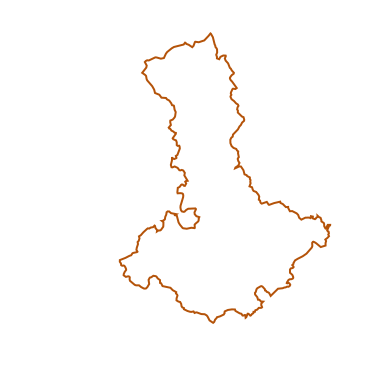 outline of Luc Nam, Bắc Giang, Vietnam, rotated 239°
{"feature_id": "81297802B23878626253121", "entity_name": "Luc Nam", "entity_type": "district", "adm_level": 2, "iso_a3": "VNM", "parent_name": "Vietnam", "parent_adm1": "Bắc Giang", "projection": "albers", "projection_center": [106.454, 21.304], "detail": "fine", "context": "isolated", "style": "outline", "palette": "amber", "viewbox_px": 384, "rotation_deg": 239, "n_neighbors": 0, "source": "geoboundaries", "source_scale": "gbopen_adm2", "svg_char_len": 6005}
<svg xmlns="http://www.w3.org/2000/svg" viewBox="0 0 384 384"><g transform="rotate(239 192 192)"><path d="M197.8,250.1L201.5,251.4L203.0,252.5L204.4,252.0L206.1,252.1L208.4,250.3L211.0,249.6L214.1,250.1L217.1,251.8L218.3,253.7L218.5,255.4L220.1,256.7L222.0,263.6L223.7,266.4L224.2,268.3L225.7,270.7L226.2,273.3L227.1,274.0L229.6,274.7L230.9,273.7L236.5,272.2L238.2,273.3L239.5,273.2L241.1,274.6L241.9,276.2L243.3,276.4L245.4,275.4L248.2,274.9L251.2,273.7L253.6,274.0L254.2,274.3L255.0,275.8L256.3,275.9L257.3,276.7L259.3,279.6L259.4,280.4L257.9,282.3L258.1,283.9L266.3,283.2L267.7,282.8L269.6,282.9L270.4,283.4L271.1,284.7L271.7,286.3L271.9,288.6L272.6,289.3L275.7,288.7L277.8,288.8L278.9,288.4L283.7,289.2L287.3,288.5L289.5,288.9L291.1,291.0L291.6,291.1L292.9,289.1L293.2,286.0L291.8,283.7L293.7,282.2L295.0,283.0L297.1,283.4L298.6,285.4L301.1,286.8L302.3,287.1L304.0,286.8L305.8,287.4L306.7,287.4L313.9,289.6L317.9,289.7L318.4,289.5L317.3,286.6L315.6,280.6L316.9,274.9L319.1,272.2L319.0,271.7L316.5,268.6L316.0,266.8L319.9,265.0L321.9,263.4L323.2,263.3L323.6,263.0L322.7,260.8L325.6,251.2L325.6,248.6L324.8,242.9L324.0,240.9L321.3,236.9L322.3,234.0L325.5,231.0L326.3,229.9L327.0,222.7L328.0,221.4L328.1,219.9L327.7,218.5L323.7,218.3L322.2,216.9L319.8,210.7L316.3,212.2L315.1,212.4L312.3,211.3L310.8,211.1L303.2,212.4L299.3,212.3L295.9,211.3L292.2,214.1L288.6,214.4L286.0,218.1L284.3,218.3L282.1,219.6L278.7,219.9L276.7,219.6L275.6,220.8L275.1,220.9L271.6,219.5L268.9,219.2L265.7,216.6L264.9,215.5L264.0,212.8L264.4,210.2L263.1,209.3L260.3,208.4L259.2,205.2L258.1,205.2L257.4,205.9L255.2,206.0L253.4,207.2L251.8,207.6L251.0,208.6L250.2,208.1L248.0,203.1L246.9,203.1L244.4,204.9L242.4,204.5L240.1,203.1L239.0,203.4L238.2,204.9L237.1,204.7L235.5,203.9L231.3,198.6L231.2,196.7L229.6,196.4L229.1,196.0L229.4,193.8L230.0,193.2L231.3,192.8L231.5,192.4L229.3,191.0L226.1,187.8L223.8,187.2L223.2,187.9L222.8,190.3L220.1,192.1L217.2,192.4L216.5,193.2L216.2,194.6L214.9,195.6L212.1,195.7L210.2,194.0L203.9,194.0L204.5,192.4L204.3,191.5L202.3,191.4L200.9,189.1L201.3,188.4L203.1,187.9L203.7,187.1L203.7,186.3L202.7,183.9L202.9,182.0L199.3,179.3L198.3,179.0L196.9,181.6L195.8,182.9L195.2,183.2L193.8,182.9L192.2,181.8L186.0,175.0L184.5,174.0L182.3,173.2L180.6,173.3L179.3,174.6L179.0,175.5L179.6,177.8L179.6,180.1L176.2,186.4L175.5,186.6L175.1,186.4L173.3,183.7L171.6,182.9L169.0,183.3L166.7,185.3L165.6,183.9L164.6,183.4L163.6,182.2L163.0,178.4L162.6,177.4L159.8,175.9L159.7,175.6L161.7,173.0L163.2,168.6L165.4,165.8L166.1,165.4L170.2,164.8L172.8,164.8L179.6,166.8L181.0,165.3L181.3,165.4L181.2,167.0L184.7,163.1L187.1,162.4L187.9,161.1L187.7,159.8L185.8,158.2L184.6,156.4L182.5,154.6L182.3,152.2L182.7,151.3L180.9,152.0L177.9,150.1L177.0,149.4L175.5,145.9L175.5,144.8L176.3,143.5L176.2,141.6L177.3,142.5L179.8,142.1L182.0,142.8L182.5,142.6L181.9,140.6L182.8,138.2L182.7,136.5L183.6,135.4L183.5,134.3L182.5,129.5L181.3,125.8L181.3,123.7L179.3,123.1L177.6,121.2L177.1,119.6L175.2,118.9L172.7,116.0L171.1,114.6L168.9,114.5L168.8,113.9L170.1,110.1L170.1,109.3L169.1,107.3L169.5,105.5L169.8,101.0L170.8,95.1L169.4,94.2L167.3,94.3L165.7,93.6L164.7,94.2L164.3,95.4L163.6,96.0L161.8,96.1L159.9,95.8L159.1,95.4L158.2,93.2L156.8,91.2L155.8,90.5L153.3,91.6L152.6,93.9L151.7,94.7L150.9,94.7L149.2,93.5L147.8,93.1L141.9,95.1L140.8,96.0L139.3,98.5L136.8,99.4L134.1,101.0L133.4,101.9L133.0,103.0L133.5,104.8L135.2,107.9L139.0,109.5L140.1,111.3L140.3,111.9L139.9,113.2L140.1,115.7L138.5,117.6L137.6,118.0L135.6,118.1L133.0,119.2L130.5,117.8L129.7,118.5L126.5,118.3L121.0,124.2L117.8,124.9L114.3,126.9L113.3,126.0L111.7,126.4L110.7,126.2L108.9,124.1L107.1,122.9L105.1,123.9L103.8,125.2L101.7,125.1L99.4,124.2L98.0,124.3L96.7,125.3L95.7,124.7L92.4,126.8L90.5,128.5L89.6,129.6L88.8,131.8L87.0,131.9L86.7,133.5L86.2,134.2L82.6,137.1L80.7,139.9L78.7,141.0L77.3,141.2L72.9,140.9L69.0,142.7L69.2,144.1L70.7,146.1L71.3,148.2L71.8,148.9L71.0,151.8L70.6,156.1L71.4,157.6L72.2,157.9L72.8,158.6L72.4,162.0L70.9,165.6L69.2,168.3L67.7,168.0L63.4,170.4L62.2,171.6L60.1,171.7L59.6,172.5L59.4,173.9L59.0,174.3L56.6,173.2L56.7,174.0L59.0,177.0L58.5,177.7L56.0,178.3L55.9,179.1L56.5,180.4L56.5,182.1L57.6,183.0L56.9,184.1L58.0,185.4L57.6,187.3L58.3,189.6L57.1,191.6L57.0,192.3L57.2,192.8L59.4,193.1L60.7,194.0L61.4,196.5L62.7,194.7L64.9,194.3L65.7,193.1L68.2,193.8L71.6,193.3L73.1,194.0L73.5,195.2L75.4,197.2L75.9,198.5L75.8,202.3L75.5,203.1L74.6,203.7L71.1,204.4L70.0,203.9L69.2,204.6L68.0,204.6L66.5,205.8L65.5,206.1L62.4,205.9L64.8,215.9L62.8,220.2L62.6,221.8L62.0,223.2L61.9,224.8L61.1,225.9L61.1,227.2L61.8,228.4L63.2,228.5L64.3,228.1L64.6,226.7L65.1,226.3L65.6,226.8L66.9,229.4L66.9,230.7L66.0,232.5L65.9,233.9L66.3,234.6L67.5,235.1L69.4,235.3L72.3,234.4L75.0,236.0L75.6,237.2L75.0,239.2L75.2,240.3L75.8,240.6L77.7,240.3L78.1,241.9L78.9,242.5L80.3,245.1L80.3,248.3L79.9,253.8L80.2,258.4L82.7,266.1L83.7,267.3L86.5,268.8L87.0,269.9L86.9,270.4L85.8,271.2L84.0,272.1L78.5,274.0L77.3,278.9L79.5,280.2L80.9,281.7L82.6,281.8L82.9,284.4L83.6,286.7L85.4,286.9L86.0,288.0L87.4,288.6L87.9,288.6L88.3,288.1L89.5,288.1L92.7,292.6L92.3,293.2L92.7,293.5L93.9,291.5L92.7,289.4L91.7,288.5L91.7,287.8L92.0,287.6L94.5,287.7L96.6,288.8L97.6,289.0L100.1,287.8L101.2,288.4L103.7,288.9L104.9,288.0L107.0,287.4L105.9,286.9L106.0,285.5L105.5,284.5L105.4,283.4L107.4,281.8L108.7,282.9L109.9,281.6L109.3,281.3L108.8,279.9L109.5,279.6L111.6,276.0L112.0,271.5L114.7,270.6L117.7,271.2L119.8,270.7L124.0,268.1L125.1,266.0L128.8,266.2L129.7,266.7L130.7,264.7L135.0,263.6L137.0,262.2L138.3,262.6L140.2,256.7L141.2,251.7L141.6,251.2L145.0,251.0L146.1,245.8L146.9,245.4L147.9,245.3L149.6,245.9L151.0,245.3L153.5,247.3L155.5,247.5L159.0,247.0L161.2,245.3L162.8,245.3L165.1,245.9L167.2,244.2L169.4,246.8L170.6,247.1L172.1,248.3L173.3,248.3L174.7,249.1L177.2,247.5L178.3,247.5L180.1,246.1L184.1,247.3L188.6,247.1L189.6,245.7L190.1,241.2L190.6,241.8L190.8,245.3L192.5,247.7L194.4,247.6L196.5,248.1L197.1,248.5L197.8,250.1Z" fill="none" stroke="#b45309" stroke-width="2"/></g></svg>